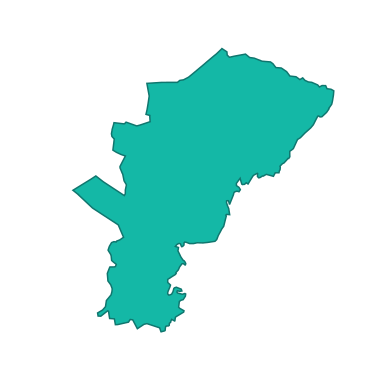 Gbi & Doru, Nimba, Liberia (Natural Earth projection), rotated 13°
{"feature_id": "62588387B4230579459991", "entity_name": "Gbi & Doru", "entity_type": "district", "adm_level": 2, "iso_a3": "LBR", "parent_name": "Liberia", "parent_adm1": "Nimba", "projection": "natural_earth1", "projection_center": [-8.931, 6.127], "detail": "fine", "context": "isolated", "style": "filled", "palette": "teal", "viewbox_px": 384, "rotation_deg": 13, "n_neighbors": 0, "source": "geoboundaries", "source_scale": "gbopen_adm2", "svg_char_len": 4760}
<svg xmlns="http://www.w3.org/2000/svg" viewBox="0 0 384 384"><g transform="rotate(13 192 192)"><path d="M307.4,61.5L304.3,60.6L300.3,61.0L298.3,58.3L294.8,59.0L292.5,61.0L290.4,59.4L284.0,58.2L280.6,58.6L276.9,57.8L274.2,55.9L271.8,58.2L270.5,57.6L267.4,56.3L261.3,57.0L257.2,53.5L252.7,51.7L251.1,51.1L245.7,51.9L242.0,48.8L239.2,47.6L230.8,48.8L222.7,47.6L222.3,47.6L217.9,48.0L214.7,46.4L213.1,45.6L202.3,50.3L198.2,52.3L195.5,50.7L194.5,47.6L188.9,45.5L188.7,45.9L184.7,52.0L182.8,54.4L177.0,62.1L175.5,64.2L165.6,77.3L162.8,80.9L158.5,84.6L155.0,86.0L153.1,88.5L152.9,88.5L137.9,92.0L136.9,92.3L123.6,96.3L124.5,98.4L128.7,108.1L129.3,115.5L129.7,121.9L129.7,126.1L129.7,126.7L133.7,126.9L133.8,127.6L135.3,132.7L135.4,132.9L126.2,138.5L123.4,140.0L122.8,140.0L115.9,139.2L112.4,138.8L112.0,138.8L111.2,140.4L110.9,140.4L110.5,140.9L100.4,142.0L100.4,144.1L100.1,149.1L100.2,149.4L100.4,153.4L101.5,155.9L103.5,157.3L104.1,157.8L104.3,157.8L104.7,161.3L104.8,162.0L104.9,163.3L105.5,169.0L109.3,170.3L114.4,171.4L119.0,171.9L118.3,174.6L116.2,182.9L116.1,183.3L116.3,184.2L116.6,184.9L116.7,185.1L117.4,186.0L119.8,189.4L120.5,190.2L123.3,196.4L125.7,198.9L126.4,199.7L126.5,200.1L126.6,205.2L126.9,206.3L127.4,208.8L126.8,210.7L108.7,204.0L103.3,202.0L94.9,198.1L94.7,198.0L90.7,202.2L83.9,208.9L75.6,217.1L77.7,218.1L80.6,219.5L80.9,219.6L81.6,219.9L81.5,220.0L98.5,229.9L98.7,230.0L100.0,230.5L127.2,240.5L127.6,240.7L131.6,246.2L135.5,251.5L132.3,255.0L129.6,256.8L129.4,257.7L127.0,258.0L125.0,259.4L123.7,263.5L123.3,267.5L123.8,268.1L126.7,271.0L127.6,272.4L129.1,276.8L130.7,277.7L133.8,279.2L134.5,279.6L134.2,281.8L133.1,282.5L130.7,283.1L129.3,283.4L128.8,283.6L128.4,286.2L127.8,290.4L130.1,297.6L133.7,300.7L136.0,304.2L136.3,306.3L136.4,307.3L136.3,309.6L136.3,310.4L133.0,317.0L133.5,323.2L131.4,327.1L127.2,331.1L128.4,334.0L131.1,333.5L136.5,326.8L137.0,326.9L137.5,327.0L139.5,332.1L140.2,333.8L144.7,333.1L144.9,333.1L147.2,338.5L149.4,337.9L159.4,333.1L159.8,331.9L160.5,330.1L163.0,329.9L169.5,337.5L173.5,333.3L175.0,331.7L177.7,330.4L181.1,330.7L189.7,331.5L191.0,331.6L191.3,332.1L193.2,335.1L193.3,335.2L195.2,334.2L196.7,333.4L197.0,332.6L196.7,331.1L196.6,329.0L196.8,328.9L197.1,328.4L199.1,327.8L199.3,327.7L199.8,327.1L199.7,326.4L199.5,325.0L200.5,323.8L200.4,323.2L200.8,320.7L202.6,321.2L204.1,321.6L204.3,321.4L204.0,318.1L204.0,317.9L204.4,317.2L210.9,310.9L210.9,309.8L210.9,309.5L206.2,308.1L204.9,307.3L204.3,301.5L205.6,300.0L207.6,298.9L209.0,295.0L208.8,293.1L208.8,292.8L207.9,292.5L205.6,293.8L200.9,293.7L200.0,293.2L199.7,291.9L200.0,291.5L202.3,291.6L202.5,291.6L204.4,290.7L203.4,289.1L198.1,288.3L196.5,289.3L196.0,290.1L195.9,293.4L195.1,296.2L195.0,296.3L192.8,297.7L192.5,297.7L191.3,296.8L190.9,295.0L191.3,292.4L191.7,290.5L191.8,290.0L192.0,287.5L190.3,286.5L188.7,285.6L188.0,282.6L191.5,279.0L193.3,277.2L194.3,276.2L194.9,275.0L194.4,274.5L194.8,273.5L196.2,271.0L196.8,267.7L197.9,265.3L198.4,264.2L199.5,263.7L201.1,264.4L201.7,264.7L202.0,264.3L202.0,263.3L202.0,263.1L200.9,261.7L199.8,260.8L198.6,260.4L196.2,258.2L195.6,257.6L193.4,254.8L191.5,252.5L191.5,251.6L191.3,249.1L188.0,248.8L189.0,246.7L189.9,245.8L191.0,245.0L192.4,245.1L193.5,246.8L194.2,247.6L195.1,247.2L196.1,245.5L196.0,245.0L195.7,243.3L196.2,242.4L197.7,242.3L201.3,242.8L204.6,242.0L205.1,241.9L206.6,241.2L208.4,240.3L209.9,240.0L211.9,239.6L214.3,239.1L215.4,238.7L218.1,237.8L219.9,237.1L225.4,234.9L225.6,234.7L225.9,234.2L226.8,232.8L227.4,228.5L228.7,223.8L229.4,221.1L230.6,218.3L230.8,207.8L230.7,207.6L230.2,207.0L230.7,206.1L230.9,206.0L233.2,205.7L233.8,205.6L231.5,199.9L229.8,197.6L228.0,194.6L227.7,192.8L227.8,192.7L229.2,192.3L229.6,192.4L231.1,195.3L231.5,195.2L232.5,188.7L233.0,185.3L233.0,183.4L233.4,182.4L235.5,181.1L237.4,181.1L237.7,181.2L238.6,178.9L238.3,178.5L236.7,176.9L233.9,175.8L233.4,174.0L233.3,173.6L235.8,167.8L236.3,168.8L237.7,171.3L238.7,173.1L239.5,173.4L240.0,173.2L241.5,172.7L242.8,170.8L243.7,171.2L244.8,171.6L247.6,163.2L247.7,162.9L248.5,161.6L251.4,159.1L251.8,159.2L252.1,161.2L252.3,162.2L253.8,163.2L254.3,163.0L255.3,162.4L257.0,160.6L258.0,160.4L258.8,159.6L260.4,158.1L267.8,158.4L268.4,156.1L268.8,154.6L272.4,153.7L272.4,151.5L272.8,150.7L272.5,148.2L272.4,147.9L271.9,147.1L273.8,144.0L275.1,143.0L277.3,139.1L277.9,137.8L278.7,137.7L279.4,135.7L278.8,133.4L278.1,130.4L278.3,130.1L279.6,128.7L280.8,127.2L281.0,126.9L283.0,117.1L285.4,114.7L286.7,112.6L287.1,111.9L288.8,109.1L293.2,102.9L295.1,99.2L296.7,92.7L297.1,91.3L297.4,90.0L297.9,89.5L298.6,89.5L299.2,89.9L299.7,90.0L300.5,89.9L301.7,89.4L302.1,88.8L305.2,84.2L306.8,80.1L306.4,79.7L307.1,78.3L308.4,75.0L308.4,71.6L308.0,65.6L307.4,61.5Z" fill="#14b8a6" stroke="#0f766e" stroke-width="1.5"/></g></svg>